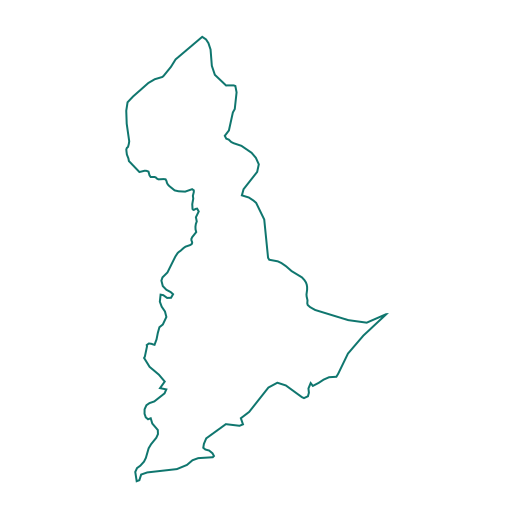 an SVG outline of Cortés, rotated 178°
{"feature_id": "HND-647", "entity_name": "Cortés", "entity_type": "Department", "adm_level": 1, "iso_a3": "HND", "parent_name": "Honduras", "parent_adm1": "", "projection": "robinson", "projection_center": [-87.947, 15.362], "detail": "fine", "context": "isolated", "style": "outline", "palette": "teal", "viewbox_px": 512, "rotation_deg": 178, "n_neighbors": 0, "source": "natural_earth", "source_scale": "10m", "svg_char_len": 2676}
<svg xmlns="http://www.w3.org/2000/svg" viewBox="0 0 512 512"><g transform="rotate(178 256 256)"><path d="M205.8,127.1L208.2,121.8L207.9,117.5L209.0,114.0L213.0,112.3L215.0,113.3L230.7,125.6L239.1,128.6L248.2,124.1L268.3,100.4L276.8,94.4L274.9,88.2L278.4,86.9L292.0,89.0L312.1,75.5L314.6,70.1L315.4,66.2L313.4,64.4L309.6,63.2L306.4,60.4L305.0,57.6L306.2,56.4L320.8,56.0L326.6,54.1L332.3,49.6L342.5,45.8L372.2,43.5L378.4,41.6L380.4,36.0L383.1,35.1L384.2,44.4L382.3,48.2L378.9,50.5L375.1,54.4L373.1,58.1L370.0,67.6L367.4,71.6L362.0,77.8L360.2,81.4L360.2,85.5L365.5,92.2L366.9,97.5L369.6,96.6L371.8,98.6L372.9,102.2L372.7,106.7L370.7,110.7L367.6,112.7L362.7,114.2L352.2,121.9L350.3,125.8L356.5,127.3L351.6,133.7L357.2,140.8L366.2,148.9L371.4,158.0L370.6,159.3L368.1,169.4L368.3,170.8L366.1,172.3L363.6,171.9L361.6,171.1L360.5,170.8L358.3,176.2L356.8,182.6L355.0,188.2L351.5,190.8L347.7,198.2L348.9,203.7L352.0,208.6L353.7,213.7L352.7,220.7L350.0,220.1L346.3,217.2L342.4,217.2L340.2,220.7L342.5,222.9L346.8,225.4L350.2,229.2L351.4,234.7L350.2,237.9L345.1,242.6L336.6,258.3L334.2,261.7L332.9,262.8L331.3,263.8L328.1,266.5L326.1,267.8L321.5,269.2L319.9,270.1L319.3,271.4L319.5,272.6L320.0,273.9L320.0,275.3L319.1,277.1L314.9,282.0L315.5,284.7L315.5,287.4L315.0,290.1L314.0,292.6L314.7,296.8L311.7,302.5L313.2,305.4L314.6,305.2L316.6,304.2L317.5,304.7L317.8,305.2L317.9,310.0L316.7,315.6L317.0,318.3L315.9,322.2L315.9,323.8L317.5,325.0L324.6,322.8L331.2,323.4L335.0,324.4L340.1,328.8L341.6,330.5L342.5,332.3L342.8,333.9L343.7,335.8L345.7,336.1L350.8,336.0L352.3,336.8L353.4,338.0L354.6,338.5L358.5,338.6L359.6,340.3L360.5,344.1L362.4,344.9L364.2,345.1L369.6,344.0L379.7,355.3L380.1,357.9L381.5,361.9L381.8,365.1L381.9,367.0L381.3,368.5L380.1,369.5L379.2,372.4L378.7,375.0L380.6,392.7L380.6,405.7L379.0,414.1L373.2,419.8L357.5,432.7L351.0,436.2L343.3,438.2L342.0,439.3L334.4,448.0L329.5,455.3L302.1,476.9L298.4,474.2L296.1,470.4L294.2,463.9L293.5,447.6L290.8,438.5L280.0,427.5L272.4,427.3L270.7,426.6L269.7,420.2L272.1,403.6L274.1,400.3L278.7,382.4L283.0,377.2L281.6,374.3L279.2,373.3L276.8,370.8L274.4,369.5L266.7,366.6L256.8,359.3L252.7,354.1L250.0,347.5L251.9,340.0L266.1,323.2L268.0,317.1L261.1,314.7L256.6,311.5L254.0,309.1L246.5,292.2L244.0,253.8L242.9,251.8L234.4,249.9L230.9,248.1L226.2,244.6L221.0,239.7L210.8,233.0L208.5,230.3L207.0,227.8L206.3,225.6L206.0,223.3L206.1,220.5L206.9,215.8L206.8,213.7L206.1,210.0L206.4,206.8L206.0,205.2L203.7,203.0L198.8,200.0L166.1,188.7L147.7,185.5L128.0,193.3L127.8,193.3L151.4,172.8L167.5,155.3L178.0,135.4L179.9,132.5L187.2,132.3L192.7,130.1L197.8,127.0L203.7,124.2L205.8,127.1Z" fill="none" stroke="#0f766e" stroke-width="2"/></g></svg>